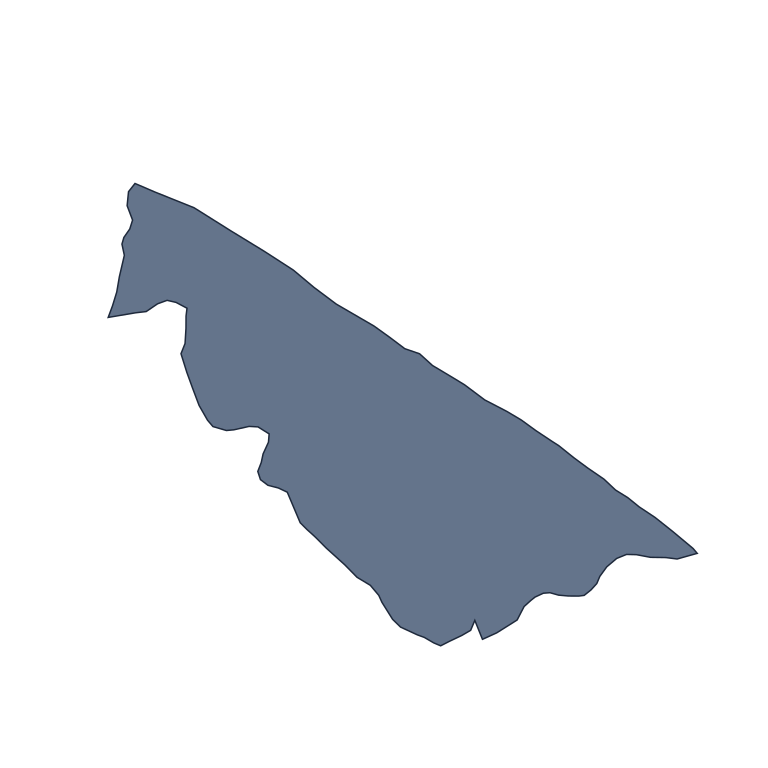 Khachmaz District, Xaçmaz, Azerbaijan (Mercator projection), rotated 340°
{"feature_id": "54616110B89497242950609", "entity_name": "Khachmaz District", "entity_type": "district", "adm_level": 2, "iso_a3": "AZE", "parent_name": "Azerbaijan", "parent_adm1": "Xaçmaz", "projection": "mercator", "projection_center": [48.762, 41.595], "detail": "fine", "context": "isolated", "style": "filled", "palette": "slate", "viewbox_px": 768, "rotation_deg": 340, "n_neighbors": 0, "source": "geoboundaries", "source_scale": "gbopen_adm2", "svg_char_len": 1587}
<svg xmlns="http://www.w3.org/2000/svg" viewBox="0 0 768 768"><g transform="rotate(340 384 384)"><path d="M619.5,650.2L620.4,650.3L618.2,644.3L604.8,621.2L593.2,602.3L581.8,586.8L574.3,574.3L565.3,562.8L558.2,548.7L546.7,532.6L537.1,518.1L527.2,501.8L521.8,494.7L510.9,479.9L500.7,464.8L490.0,451.7L473.2,433.4L459.5,412.4L450.4,401.0L435.9,383.2L427.8,367.8L415.6,357.9L405.8,342.8L394.5,326.2L366.5,292.6L351.2,269.2L337.8,246.0L317.0,218.5L292.7,188.0L265.8,153.4L234.0,124.9L218.6,110.4L209.7,115.9L203.6,128.6L203.8,144.0L198.1,151.4L189.7,157.3L185.6,162.9L184.0,174.3L172.0,192.7L164.3,206.2L155.6,217.7L147.6,227.1L149.8,227.5L174.8,232.1L185.3,234.6L198.7,231.2L208.8,231.2L216.5,236.2L224.8,245.4L221.2,252.5L216.9,264.1L210.9,277.9L203.6,286.1L202.7,305.6L202.7,322.3L202.9,340.9L205.8,357.7L208.7,365.5L220.0,373.8L227.2,375.7L242.7,377.7L250.9,381.2L259.0,391.6L255.5,399.2L246.5,408.3L241.8,415.8L235.5,423.0L235.2,431.6L240.3,439.5L249.2,445.6L256.1,452.6L257.8,485.7L261.8,494.3L266.2,502.6L267.4,505.0L273.6,518.4L278.9,528.4L285.3,540.5L292.6,556.5L302.3,568.5L306.8,580.8L307.4,588.5L311.6,608.1L316.4,618.1L329.6,631.2L335.2,635.9L342.2,644.3L347.7,649.4L357.4,648.2L371.1,646.9L381.2,645.1L388.5,637.2L389.2,657.6L389.4,657.6L404.8,656.4L428.4,651.3L435.1,645.1L439.6,641.0L448.0,637.6L453.0,635.9L462.2,635.1L468.6,636.9L475.8,642.1L484.8,646.3L494.5,649.9L499.8,651.1L508.1,648.3L515.7,644.3L521.0,638.6L530.8,632.0L543.0,627.5L553.6,627.1L562.8,630.7L575.1,638.0L589.5,643.5L599.6,648.7L619.5,650.2Z" fill="#64748b" stroke="#1e293b" stroke-width="1.5"/></g></svg>